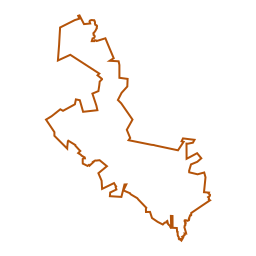 Magdalena, Sonora, Mexico (Albers equal-area conic projection)
{"feature_id": "50627088B62181575538167", "entity_name": "Magdalena", "entity_type": "district", "adm_level": 2, "iso_a3": "MEX", "parent_name": "Mexico", "parent_adm1": "Sonora", "projection": "albers", "projection_center": [-110.948, 30.763], "detail": "fine", "context": "isolated", "style": "outline", "palette": "amber", "viewbox_px": 256, "rotation_deg": 0, "n_neighbors": 0, "source": "geoboundaries", "source_scale": "gbopen_adm2", "svg_char_len": 4885}
<svg xmlns="http://www.w3.org/2000/svg" viewBox="0 0 256 256"><path d="M74.8,20.1L60.1,27.5L59.4,39.4L59.1,44.8L58.2,56.6L57.9,60.5L70.3,54.8L99.3,73.6L97.5,75.3L101.9,78.8L102.0,79.3L99.7,81.6L99.3,85.2L98.4,91.1L92.4,93.6L96.4,105.7L97.4,110.2L83.1,111.8L79.8,100.2L75.9,99.4L74.9,104.3L63.0,110.8L60.3,109.3L60.2,109.4L51.6,116.2L46.0,119.6L54.4,132.1L54.4,135.8L67.2,148.6L67.3,146.4L67.9,141.2L68.3,140.7L75.3,145.0L75.3,145.6L79.1,149.8L80.3,151.0L78.2,153.1L80.9,154.8L81.5,155.6L84.7,157.4L84.9,158.3L83.6,158.3L82.7,159.0L82.7,162.1L82.8,163.6L84.5,164.4L85.5,164.9L86.3,165.3L87.5,165.9L87.7,165.7L88.9,164.9L89.5,165.7L93.4,162.1L93.1,161.8L95.2,160.5L95.6,160.5L96.1,160.6L99.6,160.2L106.9,166.2L98.4,173.2L101.6,180.7L102.1,188.9L114.0,183.1L114.1,183.3L114.2,183.5L114.3,183.7L114.4,183.8L114.5,183.9L114.6,184.0L114.8,184.5L115.1,185.0L115.3,185.3L116.0,186.3L115.8,186.4L115.7,186.6L115.6,186.9L116.4,189.5L110.2,192.5L109.9,196.2L121.4,196.9L124.5,184.5L126.3,184.4L123.4,190.4L130.1,193.3L130.3,193.9L131.2,194.6L137.3,198.2L138.3,199.5L145.7,207.2L146.3,207.7L145.9,209.0L146.0,212.0L150.0,211.9L152.0,218.0L157.7,221.9L162.8,224.5L163.0,224.3L163.2,224.1L163.7,223.6L164.2,223.1L164.4,222.9L164.6,222.7L164.9,222.6L165.0,222.6L165.6,222.5L166.1,222.5L166.4,222.5L166.7,222.3L166.6,222.1L166.5,221.9L166.5,221.7L166.6,221.4L166.8,221.3L166.9,221.2L167.0,221.2L167.3,221.0L167.6,222.2L167.7,222.8L167.8,223.1L167.9,223.4L168.1,224.1L168.5,224.4L168.6,224.6L168.8,224.9L169.0,225.0L169.3,225.3L169.6,225.4L169.6,225.5L169.8,225.7L169.9,225.9L170.0,225.9L170.1,226.0L170.2,226.3L170.2,226.5L170.3,226.6L170.5,226.8L170.5,227.0L170.5,227.3L170.9,227.5L171.0,228.0L171.1,228.4L171.2,228.7L170.9,215.9L172.5,216.0L172.6,227.8L176.8,228.0L177.1,231.7L177.6,231.8L177.7,235.1L177.9,235.4L177.9,235.6L178.0,236.0L178.1,236.3L178.4,236.6L178.6,236.9L178.8,237.2L178.8,237.3L178.8,237.6L178.8,238.0L178.8,238.6L178.9,238.8L178.9,239.0L179.1,239.2L179.2,239.3L179.3,239.4L179.6,239.3L179.8,239.2L180.0,239.1L180.4,239.5L180.5,239.5L180.6,239.4L180.6,239.7L180.7,239.9L181.0,240.2L181.4,240.6L182.5,238.8L183.3,237.2L182.5,236.6L183.5,236.1L183.5,235.9L183.6,235.7L183.8,235.6L184.0,235.5L184.1,235.3L184.1,235.2L184.3,235.0L184.5,235.0L184.5,234.8L184.5,234.7L184.5,234.4L184.8,234.2L185.0,234.1L185.1,233.8L185.1,233.6L185.3,233.6L185.2,233.5L185.3,233.5L185.3,233.4L185.4,233.2L185.5,233.1L185.7,232.8L185.8,232.8L185.9,232.7L186.0,232.7L184.4,227.3L184.4,227.0L184.5,226.7L184.7,226.3L184.7,225.6L185.0,225.3L185.3,225.1L185.2,224.1L185.5,223.9L185.5,223.7L185.6,223.4L185.7,223.2L185.4,223.1L185.2,223.0L185.2,222.9L185.2,222.7L185.1,222.3L185.1,222.2L184.9,221.8L184.7,221.4L184.6,221.2L184.7,220.9L184.6,220.6L184.7,220.3L184.8,220.3L185.7,220.3L185.8,220.2L186.0,220.2L186.1,220.3L186.1,220.5L186.3,220.5L186.5,220.6L187.0,220.8L187.2,220.7L187.3,220.8L187.5,220.8L187.7,220.7L187.8,220.6L188.0,220.5L188.3,220.5L188.6,220.4L188.8,220.3L188.9,220.2L189.0,220.1L189.0,219.9L188.9,219.8L188.9,219.6L189.0,219.3L189.1,219.2L189.0,218.8L189.1,218.7L188.9,218.5L188.9,218.4L189.0,218.2L189.1,217.9L189.3,217.5L189.5,217.3L189.5,217.1L189.5,216.9L189.7,216.6L189.8,216.4L189.9,216.2L189.9,215.8L190.0,215.7L190.3,215.6L190.4,215.4L190.4,215.2L190.5,215.2L190.6,215.3L191.1,215.3L191.2,215.2L191.2,213.0L202.7,205.2L210.0,200.3L208.8,199.5L209.0,198.1L208.1,197.1L209.9,195.8L210.0,194.8L208.5,193.4L208.9,192.6L204.0,192.2L205.5,177.3L204.2,172.5L197.6,174.3L189.2,172.3L189.1,170.8L191.0,164.4L197.3,161.8L201.3,158.3L197.1,153.2L186.6,158.8L186.5,143.6L187.8,143.7L192.9,142.7L194.5,139.8L189.3,139.2L183.0,138.4L181.6,141.3L183.6,141.8L178.0,150.3L155.4,145.5L154.0,145.1L153.6,145.0L151.5,144.8L128.6,140.2L130.2,138.0L126.8,129.8L132.5,119.6L121.2,103.3L117.9,100.0L121.6,92.8L127.3,86.5L127.6,78.9L119.4,77.8L119.4,65.0L118.6,61.3L115.5,61.1L109.7,60.8L113.7,58.2L108.1,44.9L105.4,38.3L96.7,41.0L96.0,40.4L94.7,40.3L94.4,41.1L91.8,41.1L92.6,38.4L93.3,38.3L93.9,38.1L94.1,37.7L94.5,37.2L94.7,36.7L94.7,36.3L94.6,36.0L94.5,35.7L94.3,35.5L94.0,35.2L93.8,35.1L93.7,35.0L93.8,34.9L93.7,34.5L93.6,34.0L93.4,33.7L93.4,33.3L93.4,33.2L93.5,33.1L93.6,32.9L93.8,32.8L94.0,32.6L94.3,32.4L94.5,31.9L94.8,31.6L95.0,31.3L95.4,30.8L95.6,30.5L95.7,30.3L95.8,30.1L96.0,29.5L96.2,29.1L96.6,28.7L96.8,28.4L96.8,28.1L96.7,27.9L96.7,27.7L96.7,27.4L96.7,27.1L96.8,27.0L96.9,26.9L96.9,26.7L97.0,26.5L97.0,26.3L97.0,26.1L97.0,25.9L96.8,25.6L96.6,25.5L96.5,25.3L96.1,25.1L95.7,24.9L95.3,24.8L95.2,24.5L95.2,24.2L95.0,23.9L94.9,23.6L95.0,23.0L95.0,22.2L94.9,21.9L94.8,21.7L94.8,21.4L94.7,21.1L94.5,20.8L94.3,20.4L94.1,20.5L93.9,20.5L93.8,20.4L93.7,20.4L93.4,20.2L93.2,20.1L92.7,20.1L92.2,20.1L91.8,20.0L91.5,20.1L91.2,20.1L90.4,20.4L90.1,20.5L89.9,20.7L89.9,20.8L89.6,21.2L89.5,21.4L90.2,23.5L84.0,24.1L79.5,15.4L78.2,15.8L79.3,18.7L74.8,20.1Z" fill="none" stroke="#b45309" stroke-width="2"/></svg>